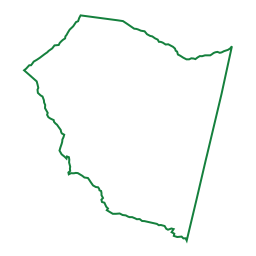 outline of Carnaubeira da Penha, Pernambuco, Brazil
{"feature_id": "56859067B83300695382888", "entity_name": "Carnaubeira da Penha", "entity_type": "district", "adm_level": 2, "iso_a3": "BRA", "parent_name": "Brazil", "parent_adm1": "Pernambuco", "projection": "orthographic", "projection_center": [-38.753, -8.428], "detail": "fine", "context": "isolated", "style": "outline", "palette": "green", "viewbox_px": 256, "rotation_deg": 0, "n_neighbors": 0, "source": "geoboundaries", "source_scale": "gbopen_adm2", "svg_char_len": 2106}
<svg xmlns="http://www.w3.org/2000/svg" viewBox="0 0 256 256"><path d="M186.7,240.6L196.6,199.2L205.8,159.9L207.1,154.6L221.5,94.1L231.9,46.3L230.1,48.5L227.9,49.9L226.0,50.5L223.9,51.2L221.6,52.4L219.8,52.8L217.4,51.9L215.3,52.3L213.6,53.0L212.0,54.2L210.3,55.3L207.8,55.3L205.1,55.3L202.1,56.2L199.8,56.1L197.5,57.5L195.4,59.1L193.5,58.5L191.3,58.3L189.2,59.3L186.4,59.3L183.3,57.7L180.2,55.7L177.9,54.5L177.1,51.6L175.7,50.7L175.0,48.6L173.0,46.8L170.9,45.7L168.3,44.3L165.6,44.5L162.7,42.6L160.8,41.9L158.9,41.8L157.7,39.6L155.1,38.4L152.3,36.4L150.1,35.9L147.0,34.2L144.6,31.3L140.9,30.7L138.2,29.5L136.3,28.9L134.2,28.7L127.5,24.1L123.0,21.1L117.6,20.3L80.6,15.4L79.2,18.0L78.1,21.2L76.0,22.1L73.2,26.3L69.7,29.6L67.9,32.5L66.6,34.9L65.4,36.4L65.1,38.4L62.7,40.0L61.0,41.6L59.7,43.0L58.7,45.0L56.5,45.2L54.5,45.4L52.2,48.4L48.5,51.0L47.4,52.2L44.4,54.3L39.8,57.8L36.8,59.8L33.7,61.6L32.4,63.5L31.1,65.2L29.2,65.3L26.1,68.7L24.1,70.3L36.7,81.4L37.5,84.4L38.3,87.9L37.5,89.7L37.9,92.9L40.6,95.4L42.5,96.5L43.9,100.2L44.1,102.5L45.2,105.0L45.0,108.1L46.3,110.4L47.7,112.9L47.1,114.8L48.4,117.2L50.3,118.5L53.7,120.1L54.0,121.8L55.5,123.5L57.0,124.7L58.8,127.3L60.7,129.9L61.1,131.9L61.8,133.4L64.2,134.7L63.5,137.2L62.4,139.5L62.2,141.8L61.6,144.0L60.4,147.5L59.5,150.6L61.6,154.3L64.8,156.9L66.5,158.6L67.0,156.5L68.9,157.2L69.3,159.6L69.1,162.5L70.2,166.7L69.9,168.8L70.2,170.9L68.4,172.5L68.8,174.3L71.0,173.2L73.9,173.3L75.8,172.9L77.8,173.1L82.3,175.8L84.4,177.5L87.9,178.0L89.2,179.8L90.7,182.1L93.0,185.4L95.8,187.0L98.1,187.3L99.1,188.7L99.5,190.3L101.1,191.0L101.5,193.0L101.5,195.2L103.0,198.0L101.4,199.7L102.0,202.0L104.4,202.7L105.5,205.1L106.3,206.8L108.0,208.5L106.8,210.2L112.8,213.8L115.9,213.8L119.7,213.5L122.6,215.0L125.8,215.4L127.8,216.5L129.4,217.1L132.1,217.1L135.2,218.4L136.8,219.2L139.7,219.1L142.1,221.0L144.4,221.1L153.8,223.2L156.9,223.9L158.8,225.2L160.9,225.0L164.6,226.0L166.3,228.8L168.0,229.7L171.4,228.5L173.6,229.1L171.6,232.2L174.3,233.7L173.8,235.9L177.2,237.0L181.6,236.6L183.4,238.4L185.6,238.3L186.7,240.6Z" fill="none" stroke="#15803d" stroke-width="2"/></svg>